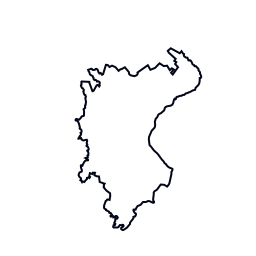 SVG path tracing the border of North West, rotated 120°
{"feature_id": "ZAF-1201", "entity_name": "North West", "entity_type": "Province", "adm_level": 1, "iso_a3": "ZAF", "parent_name": "South Africa", "parent_adm1": "", "projection": "orthographic", "projection_center": [25.686, -26.361], "detail": "fine", "context": "isolated", "style": "outline", "palette": "ink", "viewbox_px": 256, "rotation_deg": 120, "n_neighbors": 0, "source": "natural_earth", "source_scale": "10m", "svg_char_len": 5870}
<svg xmlns="http://www.w3.org/2000/svg" viewBox="0 0 256 256"><g transform="rotate(120 128 128)"><path d="M156.5,64.4L159.1,64.8L159.1,67.8L159.3,68.8L160.2,70.4L160.4,71.2L160.7,71.4L166.4,72.0L167.2,72.2L169.1,73.2L169.7,73.4L170.6,73.5L171.1,73.4L173.1,72.3L177.0,70.7L178.4,69.7L178.7,68.7L179.1,68.4L179.6,68.3L180.0,68.5L180.3,69.2L180.6,72.9L181.4,74.3L182.6,75.0L183.6,76.2L184.4,77.7L184.8,78.1L188.3,78.7L190.8,80.7L193.4,80.8L194.9,80.6L195.2,80.9L195.5,82.0L195.7,82.3L195.9,82.4L196.4,82.3L196.8,82.0L198.0,80.1L198.2,79.4L198.2,78.5L198.3,78.2L199.4,77.7L200.9,77.6L202.2,78.9L203.2,78.3L203.8,78.2L208.7,78.9L209.3,78.8L209.5,78.6L210.0,78.3L210.7,78.3L212.3,78.7L213.9,78.9L215.1,79.2L217.7,80.5L218.7,81.1L219.1,81.8L219.0,82.8L218.8,83.5L218.3,83.8L217.6,83.9L217.2,83.7L215.9,82.9L215.4,82.8L214.7,83.1L214.4,83.6L214.5,84.3L215.3,84.9L215.7,85.4L215.9,86.2L216.3,86.6L217.0,86.7L218.1,86.6L219.3,87.2L221.3,90.6L221.1,91.4L219.4,91.9L218.5,90.8L217.4,91.0L217.3,92.3L216.6,92.6L215.1,92.5L213.3,93.5L211.8,92.0L210.6,92.1L209.9,93.8L210.5,94.7L211.3,94.4L212.7,96.1L211.8,96.5L211.6,97.8L213.3,98.4L213.0,99.2L211.0,98.8L210.3,100.5L210.6,100.7L210.8,101.8L210.0,102.5L210.0,104.7L210.2,105.6L210.2,105.9L209.6,106.2L209.5,106.5L209.6,107.5L209.5,108.3L208.8,109.1L207.7,109.5L207.2,109.9L202.3,110.8L201.8,110.3L200.5,110.3L199.9,109.7L199.5,108.0L195.7,109.4L193.5,110.9L193.0,115.3L191.8,118.7L191.3,119.6L190.3,119.7L189.5,120.5L187.9,120.4L188.9,125.5L184.5,128.9L185.4,130.8L185.7,133.4L185.1,133.8L183.3,134.2L183.7,135.1L184.0,135.3L184.2,136.0L185.7,135.9L186.1,138.4L189.1,137.5L189.3,136.4L189.7,136.3L190.7,136.5L190.6,137.4L191.7,138.6L192.7,138.0L194.4,138.6L196.1,138.7L196.7,138.9L196.9,140.6L197.9,140.7L197.1,142.1L196.7,142.3L196.9,143.1L196.1,143.1L195.5,143.3L195.0,143.7L194.7,145.5L193.7,147.0L193.3,147.3L190.9,147.8L190.5,147.6L189.4,146.6L189.0,146.4L188.1,146.5L187.3,147.2L185.9,148.8L184.6,149.8L183.9,150.1L183.6,149.8L183.8,149.1L183.8,148.8L183.5,148.6L182.7,148.8L179.5,148.9L178.0,148.7L176.9,148.1L176.3,146.9L175.9,146.5L175.4,146.8L175.2,147.4L175.3,149.8L174.6,149.3L173.4,148.2L172.7,148.7L172.1,149.3L171.3,148.8L170.8,149.2L170.0,149.4L169.5,149.8L168.4,150.8L168.1,152.0L167.8,152.0L167.5,151.7L166.4,151.3L165.9,151.5L165.5,151.9L164.6,152.9L164.4,153.2L164.4,154.8L163.9,155.2L163.1,154.9L162.7,154.9L161.9,156.0L161.4,156.4L159.5,156.9L158.8,157.8L159.5,158.8L160.6,159.8L161.2,160.6L161.2,162.7L161.1,162.8L160.9,162.7L160.6,162.9L160.2,163.5L160.0,164.2L160.2,164.8L161.7,165.1L162.0,165.3L162.1,165.6L161.9,165.7L158.7,165.7L158.1,165.5L157.2,165.4L156.7,165.5L156.4,165.8L156.1,166.5L155.9,166.7L155.2,166.2L154.3,166.4L153.5,166.9L152.9,167.6L152.7,168.6L152.8,169.2L152.7,169.4L152.5,169.7L151.6,169.9L148.7,172.7L148.0,173.7L147.1,175.3L147.2,175.9L147.6,176.7L147.6,177.1L147.4,177.4L147.0,177.5L146.4,177.5L146.0,177.3L145.8,176.7L145.4,174.8L145.2,174.5L142.7,173.9L141.3,173.9L140.7,173.6L139.9,172.6L139.6,172.4L138.9,172.5L135.5,174.4L134.6,175.1L134.2,175.7L134.0,175.8L133.7,175.9L133.2,175.7L132.2,175.2L131.8,175.2L131.6,175.3L131.2,175.8L130.3,176.3L129.9,176.4L129.3,176.2L129.1,176.2L128.7,176.7L126.6,177.2L126.2,177.6L123.6,179.8L123.2,180.0L122.1,180.0L121.8,180.3L121.2,181.1L120.8,181.3L120.8,181.7L121.0,182.2L120.3,183.3L119.8,183.9L119.2,184.3L118.7,185.0L117.9,185.0L117.2,185.2L116.2,187.0L116.4,187.7L115.7,188.9L115.2,189.6L114.8,190.0L113.8,189.9L113.6,190.3L112.6,190.5L111.9,191.2L111.4,191.4L111.2,191.5L110.9,191.4L107.4,184.6L107.9,184.4L113.9,177.2L113.5,176.7L112.7,176.4L112.1,176.4L107.0,176.5L106.2,176.2L105.9,175.8L106.1,174.7L106.4,173.7L105.3,173.7L104.7,174.6L103.1,174.9L102.9,175.1L102.7,175.3L102.4,175.9L102.4,176.6L102.5,177.3L102.6,177.5L103.1,177.8L103.3,178.1L102.7,178.8L102.5,180.2L103.1,180.7L103.1,181.6L102.7,182.4L102.5,182.6L101.9,182.8L101.7,183.0L101.4,183.8L100.8,184.4L100.7,185.4L100.8,186.8L100.5,187.9L99.0,189.4L98.7,190.2L98.4,190.7L97.6,191.6L95.0,189.4L94.9,188.8L95.3,187.9L95.2,187.2L94.3,186.0L93.8,185.6L93.0,185.5L92.7,185.1L92.5,184.3L93.1,182.8L94.2,181.8L95.1,180.0L94.0,179.2L94.9,177.1L93.8,176.5L84.3,178.7L83.6,177.0L84.4,174.5L82.0,173.0L81.8,170.9L81.6,170.2L81.7,168.9L83.2,164.7L80.9,163.9L80.2,163.0L77.0,161.1L79.1,155.3L80.7,154.0L81.1,152.2L79.9,148.4L77.9,146.8L76.1,146.7L75.2,147.5L63.7,142.2L66.4,137.7L62.4,134.6L56.2,133.0L56.5,128.0L54.5,125.3L57.0,120.7L54.4,119.9L54.5,117.6L58.6,118.3L59.3,116.0L50.3,115.1L49.0,119.2L46.8,119.1L46.7,121.5L44.3,121.3L42.4,130.3L41.3,132.1L37.6,130.8L37.4,120.6L34.7,120.0L36.0,117.7L36.1,117.3L35.9,116.6L36.3,116.3L37.2,115.9L37.5,115.7L37.8,115.2L38.0,113.8L38.0,112.9L37.8,112.5L37.4,111.8L37.7,111.2L38.8,110.1L39.2,109.4L38.9,108.7L38.7,108.3L38.3,108.2L38.3,107.7L38.5,106.9L38.9,106.1L40.3,104.3L40.5,104.0L40.6,103.1L40.5,102.3L40.5,102.1L41.2,101.3L41.1,101.0L40.5,100.2L40.6,99.9L40.9,99.0L41.5,96.8L41.7,96.4L42.5,96.0L42.9,95.6L43.4,94.2L43.6,93.7L43.9,93.4L45.1,92.7L45.5,91.8L46.7,90.4L47.5,90.0L48.3,90.1L48.7,90.7L48.9,90.9L49.6,90.4L52.0,89.2L53.6,88.7L55.2,88.5L57.0,88.9L59.1,89.5L59.7,89.5L61.2,89.0L61.6,89.1L62.9,90.6L65.0,91.8L68.6,94.5L69.2,95.3L71.1,95.8L71.4,96.1L72.0,97.2L73.3,97.7L74.5,99.4L76.0,100.4L76.5,101.2L77.2,101.5L78.9,101.1L79.3,101.2L79.9,101.6L80.0,101.9L79.8,102.3L80.6,102.3L84.0,101.3L85.7,101.3L87.2,102.1L89.5,104.8L90.9,105.9L92.5,106.1L94.1,105.6L94.7,105.5L98.7,106.9L100.5,108.1L101.6,108.4L104.0,108.1L106.0,108.6L107.0,108.4L109.0,107.9L109.6,107.6L111.6,106.1L113.1,105.4L114.3,105.2L115.6,105.4L117.1,105.8L118.5,106.1L125.3,105.3L127.7,104.1L132.0,100.8L132.7,98.6L134.5,94.2L135.5,89.5L138.4,82.9L139.1,80.5L140.2,78.7L140.2,77.4L141.2,75.2L141.5,74.0L141.6,72.5L141.2,69.8L141.3,68.9L141.5,68.8L142.8,68.4L144.5,68.4L146.1,67.4L154.9,64.6L156.5,64.4Z" fill="none" stroke="#020617" stroke-width="2"/></g></svg>